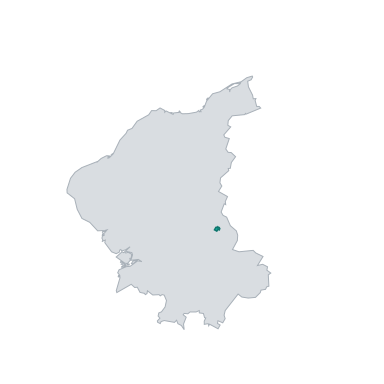 location of Cacoal, Rondônia, Brazil, rotated 209°
{"feature_id": "56859067B12179645667792", "entity_name": "Cacoal", "entity_type": "district", "adm_level": 2, "iso_a3": "BRA", "parent_name": "Brazil", "parent_adm1": "Rondônia", "projection": "natural_earth1", "projection_center": [-61.428, -11.303], "detail": "fine", "context": "in_parent", "style": "filled", "palette": "teal", "viewbox_px": 384, "rotation_deg": 209, "n_neighbors": 0, "source": "geoboundaries", "source_scale": "gbopen_adm2", "svg_char_len": 4387}
<svg xmlns="http://www.w3.org/2000/svg" viewBox="0 0 384 384"><g transform="rotate(209 192 192)"><path d="M120.1,88.2L123.1,91.3L127.0,89.8L128.2,91.8L130.3,89.0L135.5,86.2L136.6,83.5L140.0,82.0L140.2,80.3L136.4,79.7L135.4,72.4L132.1,67.8L136.6,70.1L140.5,70.0L143.3,72.4L144.1,69.5L154.0,66.1L156.2,63.7L156.0,61.5L158.9,61.4L159.8,62.4L158.9,66.1L161.5,67.1L162.4,70.1L160.6,72.4L159.8,78.4L161.7,84.7L166.3,88.3L168.4,87.8L169.4,85.8L171.1,86.2L176.4,82.9L183.1,84.0L182.1,81.3L183.1,79.6L184.4,80.3L188.8,79.0L193.7,82.2L195.8,80.7L200.4,81.8L209.0,67.6L210.4,69.0L213.4,82.1L214.9,84.2L217.8,85.3L218.1,88.6L213.2,94.9L210.1,97.0L206.1,105.5L202.1,106.8L206.3,107.0L212.4,102.6L213.5,108.2L215.2,109.8L221.5,108.0L219.6,114.1L222.1,109.2L225.0,106.3L226.4,107.2L227.0,106.3L226.5,104.0L228.4,101.3L233.3,100.7L243.7,105.4L244.5,107.9L245.9,106.2L248.4,108.0L249.0,110.1L247.8,111.5L248.3,112.2L249.6,110.9L249.9,112.2L248.7,113.6L247.9,117.8L249.6,116.1L250.8,112.9L251.0,115.2L255.7,112.3L266.7,115.9L275.4,115.5L284.0,121.2L291.4,129.2L300.8,130.7L302.6,133.6L304.9,145.1L303.8,152.6L300.1,160.1L289.7,172.6L289.7,171.6L287.7,177.3L284.4,182.2L282.9,183.0L281.9,180.8L280.9,181.9L279.4,187.2L280.2,202.5L278.1,211.3L278.3,214.8L275.3,218.5L274.3,227.3L267.3,238.5L266.8,243.6L262.8,245.7L260.7,250.0L255.5,250.1L254.5,248.5L254.0,250.3L246.1,250.7L246.4,252.2L241.3,255.8L238.4,255.7L233.3,258.7L226.8,264.0L225.6,266.6L224.5,265.6L224.0,266.8L222.6,266.3L224.4,267.8L222.9,269.5L222.4,272.3L223.3,278.6L221.6,287.9L216.2,293.2L209.4,305.9L203.1,311.7L203.0,309.8L207.4,307.4L211.4,300.4L211.5,299.2L209.0,299.9L207.5,297.7L208.2,299.9L207.5,302.5L203.6,306.8L202.3,310.1L202.6,312.0L199.5,318.5L195.5,322.6L194.7,322.0L194.7,318.8L197.0,315.9L193.6,311.3L186.0,306.1L183.6,303.2L181.4,304.7L181.2,302.7L176.9,298.2L174.8,299.4L172.6,298.7L182.3,286.5L183.4,286.6L183.2,285.4L193.8,278.1L194.9,272.0L193.0,267.7L189.7,267.7L191.9,257.4L189.8,255.8L185.3,256.8L183.3,246.0L179.6,244.2L176.9,245.5L171.0,244.0L171.9,236.9L170.0,231.3L171.7,230.1L170.2,228.5L173.9,218.2L172.0,213.5L168.8,211.7L169.1,205.3L158.7,205.2L158.3,199.9L156.4,197.3L158.1,197.3L156.8,188.6L153.5,186.6L149.5,186.8L142.1,181.1L134.4,179.5L131.1,176.4L128.8,171.5L128.7,161.3L121.9,162.5L110.2,170.6L106.7,169.6L98.6,170.0L99.1,159.4L95.2,163.0L89.7,163.2L88.6,159.9L83.8,159.3L85.1,156.5L79.1,146.9L80.7,145.2L80.5,142.5L84.1,139.6L83.5,137.1L85.4,130.6L91.4,126.5L97.5,124.3L102.2,125.1L105.5,104.4L104.2,99.8L101.6,97.3L101.7,92.5L106.9,92.0L106.0,89.4L102.9,89.3L102.9,85.0L112.6,84.9L112.5,83.1L114.0,84.7L117.1,82.2L118.7,85.0L118.9,88.5L120.1,88.2ZM216.1,97.2L226.8,98.4L224.2,105.7L222.3,105.8L221.9,107.1L220.4,106.5L218.6,108.3L214.6,108.3L213.1,104.7L214.2,103.8L212.9,102.4L213.8,98.2L216.1,97.2ZM206.9,106.0L208.6,100.7L210.3,100.0L210.1,103.2L206.9,106.0ZM219.0,94.6L218.0,96.5L215.6,96.1L215.9,94.8L219.0,94.6ZM215.4,92.4L215.0,96.4L213.9,96.0L215.4,92.4ZM220.7,97.1L219.2,97.3L218.5,97.0L220.4,95.8L220.7,97.1ZM213.8,97.3L212.2,98.6L211.5,97.9L212.7,96.7L213.8,97.3ZM216.6,93.8L215.9,92.9L217.2,92.1L217.3,92.9L216.6,93.8ZM215.8,83.4L214.9,83.6L214.7,82.2L215.5,82.1L215.8,83.4ZM223.5,282.4L223.3,281.1L224.0,279.9L224.2,280.3L223.5,282.4ZM242.2,255.3L242.4,256.7L241.3,256.4L242.2,255.3ZM223.3,273.2L222.8,272.5L223.5,271.7L223.8,272.0L223.3,273.2ZM249.3,115.2L248.7,116.7L249.4,114.5L249.3,115.2ZM282.3,183.2L281.2,183.7L281.9,182.5L282.3,183.2ZM248.9,251.3L247.8,251.8L247.6,251.5L248.3,250.9L248.9,251.3ZM280.5,186.0L280.1,186.8L279.8,186.3L280.5,186.0ZM246.5,104.9L246.6,105.7L246.3,105.6L246.5,104.9Z" fill="#d9dde1" stroke="#a8b0b8" stroke-width="1"/><path d="M154.0,169.8L151.9,169.8L151.5,169.8L151.5,170.7L151.4,170.7L151.1,170.7L151.1,170.9L151.1,171.6L151.1,171.9L151.1,172.1L150.8,172.1L150.7,172.1L150.4,172.1L149.7,172.1L149.7,172.3L149.6,172.5L149.4,172.6L149.5,172.6L149.8,172.7L149.8,172.8L149.8,173.0L149.9,173.3L150.0,173.4L150.0,173.5L150.3,173.7L150.5,173.8L150.5,173.7L150.5,173.8L150.8,174.0L151.1,174.0L151.5,174.0L152.0,174.0L151.9,173.9L151.9,173.7L151.9,173.4L152.0,173.3L152.2,173.2L152.2,173.3L152.3,173.3L152.3,173.2L152.3,173.3L152.5,173.3L152.8,173.4L153.0,173.3L153.1,173.2L153.3,173.2L153.4,172.9L153.5,172.9L153.7,172.7L153.8,172.7L154.0,172.6L154.0,171.9L154.0,171.6L154.0,170.3L154.0,169.8Z" fill="#14b8a6" stroke="#0f766e" stroke-width="1.5"/></g></svg>